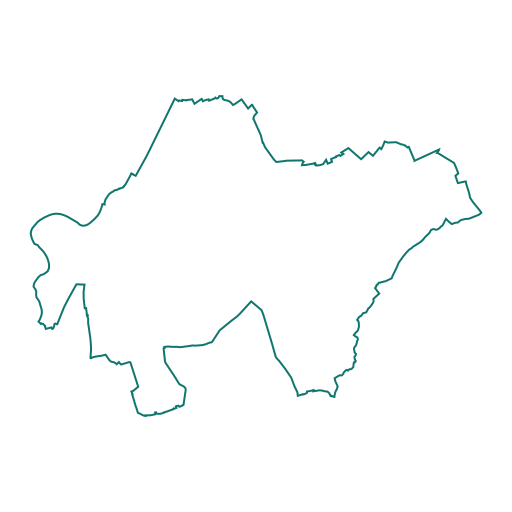 outline of Echt-Susteren, Limburg, Netherlands
{"feature_id": "6326949B70373820713642", "entity_name": "Echt-Susteren", "entity_type": "district", "adm_level": 2, "iso_a3": "NLD", "parent_name": "Netherlands", "parent_adm1": "Limburg", "projection": "albers", "projection_center": [5.901, 51.082], "detail": "fine", "context": "isolated", "style": "outline", "palette": "teal", "viewbox_px": 512, "rotation_deg": 0, "n_neighbors": 0, "source": "geoboundaries", "source_scale": "gbopen_adm2", "svg_char_len": 5958}
<svg xmlns="http://www.w3.org/2000/svg" viewBox="0 0 512 512"><path d="M102.4,204.2L102.1,205.6L100.4,210.7L99.2,213.2L97.7,215.6L94.0,219.5L90.0,223.0L87.6,224.6L84.9,225.6L82.2,225.7L79.7,224.7L77.7,222.7L68.4,217.2L66.0,216.0L63.4,215.0L60.9,214.2L58.1,213.8L55.3,213.7L52.5,214.2L49.8,215.0L44.7,217.3L40.0,220.1L37.5,222.1L32.4,228.1L31.3,230.4L30.7,233.7L31.2,236.0L32.0,238.9L33.2,241.5L34.5,243.9L37.7,245.1L39.2,247.2L43.1,251.2L44.6,253.3L46.1,255.7L47.3,258.1L48.2,260.7L48.9,263.4L49.1,265.9L48.9,268.4L47.6,271.4L43.8,274.1L40.7,275.1L38.4,277.1L35.2,281.5L34.0,283.8L33.5,286.6L35.4,289.3L36.3,291.7L36.1,294.6L36.5,297.4L38.1,299.6L39.4,301.9L41.7,309.8L41.9,312.6L41.4,315.4L40.4,318.2L39.2,320.7L38.5,321.5L40.9,323.9L41.1,323.6L40.9,323.3L43.1,324.0L45.2,326.0L45.0,326.5L45.8,328.9L51.4,327.4L51.8,328.6L52.7,328.9L53.5,327.8L54.2,325.9L54.4,324.1L54.7,323.8L55.5,323.6L57.2,324.3L63.8,307.8L65.0,305.3L68.0,299.5L76.4,284.3L84.5,284.6L84.0,288.3L83.6,292.3L83.6,295.0L83.7,299.1L84.8,308.3L86.1,308.1L86.9,314.8L87.6,314.8L87.7,315.2L87.2,315.2L87.3,315.5L87.0,315.6L88.0,318.0L88.2,319.1L88.1,321.8L88.2,323.4L90.4,338.6L90.8,343.6L91.0,346.6L91.0,351.1L90.5,357.6L90.6,358.9L90.8,358.4L92.7,357.3L93.3,357.1L97.2,356.3L101.2,355.8L105.6,354.7L109.2,359.9L110.3,361.1L111.6,361.8L113.9,362.2L116.3,363.7L116.8,364.2L117.5,363.3L118.0,363.1L118.9,362.1L120.7,364.2L121.2,364.5L129.2,362.1L129.9,362.1L130.3,362.4L130.5,362.7L133.1,370.8L138.2,386.8L133.0,391.0L131.4,391.5L131.8,392.5L132.4,393.8L132.1,393.8L132.4,395.4L134.3,401.2L134.6,402.7L135.3,404.6L135.5,405.9L136.1,407.1L138.0,413.0L139.7,413.5L142.0,414.8L144.3,415.8L145.6,415.9L145.5,415.3L150.3,415.3L155.2,414.3L155.1,412.4L155.5,412.3L156.0,412.3L156.3,413.4L156.6,413.6L159.4,413.9L161.7,413.5L164.1,412.6L164.2,412.2L164.9,412.2L172.1,409.7L173.5,409.1L173.2,408.8L173.4,408.6L173.7,409.0L176.4,407.9L175.8,406.4L176.6,406.0L178.5,405.7L179.4,406.8L182.1,405.8L182.1,405.5L182.3,405.4L182.5,405.3L183.5,404.9L185.7,389.9L185.6,389.1L185.5,388.5L185.0,387.6L184.3,386.9L183.1,386.1L179.7,384.4L179.1,383.8L174.5,376.3L165.4,362.6L165.0,361.4L163.6,348.3L164.7,347.9L164.4,346.9L168.0,346.5L171.2,346.8L177.5,346.9L180.2,347.2L187.9,346.2L193.0,345.4L194.5,345.7L202.6,345.1L206.0,344.1L209.5,342.7L211.6,342.3L212.1,341.9L219.7,330.3L231.6,320.6L237.1,316.4L239.7,313.9L251.2,301.4L261.5,310.1L263.3,314.6L272.2,344.3L275.7,356.8L277.3,359.0L279.0,360.7L285.4,369.1L291.2,377.6L294.5,386.3L297.4,392.3L297.8,395.8L302.8,394.2L302.9,394.5L304.2,394.3L306.9,392.9L307.1,391.4L309.8,391.1L313.5,390.1L313.3,391.3L319.6,390.3L322.4,390.6L324.1,391.2L327.5,391.6L329.4,393.4L330.6,396.0L331.6,396.3L331.8,395.9L334.2,397.0L334.5,396.9L334.4,396.1L335.1,392.8L335.7,391.2L336.7,389.4L337.7,386.5L335.4,381.4L334.6,378.3L336.9,376.8L339.6,375.3L341.8,375.4L343.3,373.9L343.5,372.8L345.8,370.3L347.0,369.9L347.9,370.6L349.5,369.2L350.8,369.2L351.5,368.9L353.3,367.1L353.6,363.7L354.1,362.3L354.6,362.6L355.8,361.1L355.1,359.9L354.4,357.7L354.6,356.6L355.5,355.6L356.0,354.0L354.8,352.7L354.5,352.1L354.5,351.4L354.0,349.0L354.0,348.3L354.4,347.4L355.5,346.1L356.2,344.7L356.7,343.1L357.0,341.3L357.7,340.0L357.9,339.1L357.5,337.8L356.6,336.9L355.4,336.4L353.8,335.0L356.4,331.9L357.5,331.0L358.0,330.0L358.7,327.7L358.9,326.8L358.9,324.1L358.7,322.6L358.4,321.1L357.3,320.2L357.2,319.7L357.8,319.0L359.1,316.9L360.5,316.1L360.8,316.2L363.2,313.1L366.2,312.4L368.4,308.3L368.7,308.0L369.5,307.7L371.5,305.1L373.1,302.6L373.6,301.3L373.4,298.9L379.2,293.6L375.1,288.1L375.4,287.9L375.8,286.9L376.0,286.8L376.3,286.4L376.3,285.5L376.5,285.2L376.9,284.7L377.7,284.5L378.5,283.0L379.2,282.6L380.2,282.7L381.6,282.1L382.5,282.0L383.9,281.5L385.2,281.4L391.7,278.3L392.7,275.6L396.2,268.6L398.7,262.7L403.4,256.2L406.1,252.9L409.1,249.7L411.8,248.0L412.9,246.8L420.4,242.1L423.1,239.6L425.0,237.2L428.7,233.7L429.7,232.4L431.0,230.0L432.3,229.4L433.6,229.0L435.6,229.7L436.8,229.7L439.5,228.2L440.6,226.8L442.5,225.5L446.0,218.9L448.4,221.3L451.8,224.1L455.2,222.8L457.9,222.5L459.9,220.7L461.5,219.9L465.1,219.0L469.0,218.7L478.6,214.9L481.2,213.0L481.3,212.9L481.2,212.5L479.9,210.6L472.8,201.9L470.0,197.6L469.8,196.7L469.3,193.6L466.2,183.9L465.8,181.5L464.5,181.6L457.9,183.1L455.4,175.8L458.3,173.4L456.0,167.5L455.9,167.0L455.7,166.9L454.1,163.0L437.6,152.9L437.0,152.9L438.6,150.7L439.0,149.9L439.1,149.5L414.5,160.8L414.5,160.5L408.8,146.9L407.4,147.5L405.4,145.6L405.2,145.7L402.8,144.6L401.0,144.3L396.1,142.2L387.8,142.6L384.7,141.5L383.0,145.8L381.3,149.1L379.9,147.7L379.6,147.6L373.0,155.8L368.5,152.1L361.1,159.2L348.4,148.1L341.3,152.5L343.4,154.0L340.4,155.9L339.4,155.0L335.9,156.5L336.1,157.0L331.1,159.0L331.3,160.0L332.1,161.8L327.7,163.7L326.1,159.8L323.4,163.7L323.3,164.0L319.8,165.2L316.3,165.5L315.9,165.4L315.2,164.8L315.8,164.3L315.0,162.9L313.4,163.6L306.2,164.9L302.0,165.2L302.4,163.6L303.0,162.6L303.7,161.8L302.1,160.4L286.1,160.7L285.8,160.9L276.4,162.0L274.1,159.8L265.5,147.9L264.8,146.7L263.1,142.7L262.7,142.8L260.8,135.2L253.6,119.1L253.3,118.9L253.9,116.5L254.6,115.4L257.1,112.5L253.2,106.7L252.2,104.8L252.4,104.2L248.1,108.5L245.6,105.0L241.6,99.4L234.6,104.2L233.0,105.0L231.1,102.8L229.9,101.7L229.3,101.3L227.5,100.6L224.3,99.9L223.3,99.4L222.9,98.8L222.6,98.0L222.4,96.1L219.3,96.1L218.7,97.3L218.2,98.0L216.9,98.5L216.1,98.2L215.4,97.6L214.5,98.5L209.1,100.7L208.6,99.3L204.0,100.6L202.9,101.3L201.6,98.9L194.5,103.8L192.2,99.4L186.5,100.1L186.4,100.4L182.4,99.8L182.2,101.0L179.1,100.5L178.6,101.2L174.8,98.6L148.9,151.5L146.4,156.5L135.7,175.8L132.7,174.3L132.8,174.1L131.4,173.4L130.9,174.0L130.4,175.5L125.7,184.1L124.5,185.7L124.4,185.6L123.7,186.4L123.9,186.5L123.3,187.3L121.9,187.9L119.4,188.5L119.5,188.8L117.7,189.4L116.5,190.1L115.1,190.1L114.7,190.3L113.3,191.4L111.4,192.4L110.2,193.3L109.1,194.2L107.7,196.1L105.5,199.5L104.2,203.9L104.7,204.2L104.7,204.5L102.4,204.2Z" fill="none" stroke="#0f766e" stroke-width="2"/></svg>